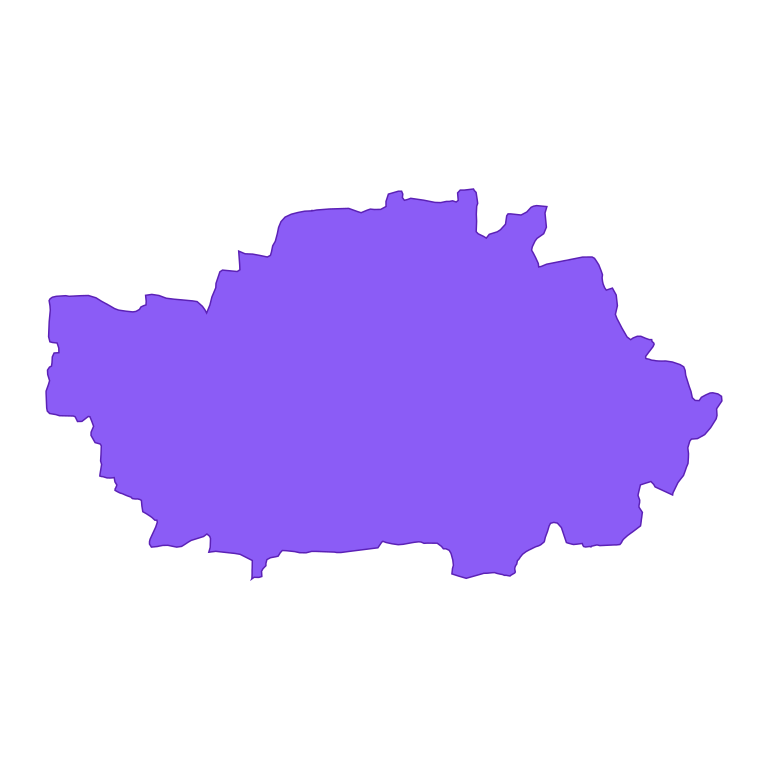 outline of Al Ma'ra, Idlib, Syria
{"feature_id": "27442178B71280190344240", "entity_name": "Al Ma'ra", "entity_type": "district", "adm_level": 2, "iso_a3": "SYR", "parent_name": "Syria", "parent_adm1": "Idlib", "projection": "natural_earth1", "projection_center": [36.792, 35.566], "detail": "fine", "context": "isolated", "style": "filled", "palette": "violet", "viewbox_px": 768, "rotation_deg": 0, "n_neighbors": 0, "source": "geoboundaries", "source_scale": "gbopen_adm2", "svg_char_len": 6083}
<svg xmlns="http://www.w3.org/2000/svg" viewBox="0 0 768 768"><path d="M651.7,339.6L649.3,339.6L645.6,338.3L640.9,336.3L637.2,336.3L633.0,338.0L630.7,339.7L627.1,337.0L621.9,328.0L617.0,318.6L615.4,314.4L617.4,305.7L616.2,295.0L612.4,288.1L606.3,290.1L604.6,287.7L603.1,283.9L602.5,281.2L602.1,277.8L602.5,274.8L601.2,271.0L598.8,264.9L596.8,261.7L594.5,258.3L592.1,257.0L582.5,257.1L546.6,264.2L541.1,266.5L538.7,266.9L538.3,263.5L535.7,257.8L533.3,253.1L531.6,250.2L532.3,246.8L535.0,241.1L537.0,238.4L543.7,233.7L546.4,227.2L545.0,213.0L546.9,206.6L536.6,205.6L533.5,206.2L531.1,207.3L526.8,212.0L521.1,215.0L510.9,213.9L508.0,213.9L506.7,215.8L505.5,224.2L500.4,229.8L497.3,231.8L489.3,234.3L486.3,238.1L483.6,236.4L478.2,233.8L476.2,231.7L476.6,221.2L476.3,214.2L476.7,206.1L477.7,203.4L477.2,199.7L476.1,192.4L474.3,190.5L473.5,189.0L464.1,190.1L460.2,190.1L457.6,192.9L458.2,200.4L456.2,202.0L452.6,200.8L449.5,201.4L446.5,201.4L440.7,202.6L434.9,202.4L423.8,200.2L410.7,198.3L407.8,199.4L404.4,200.3L402.4,197.6L402.8,194.1L401.6,191.2L398.4,191.2L388.4,194.1L387.0,198.4L386.0,201.4L386.0,206.5L380.7,209.4L374.3,209.5L370.3,209.1L367.1,210.2L361.1,212.7L357.9,211.7L348.7,208.4L329.5,209.0L316.7,210.0L311.9,210.9L311.8,210.5L311.0,210.9L304.6,211.2L297.9,212.5L291.3,214.2L285.1,217.1L281.0,221.6L278.6,227.4L277.3,233.8L275.3,241.3L272.7,245.8L271.4,252.2L270.4,255.4L267.3,257.0L260.2,255.5L252.6,254.1L245.1,253.8L238.7,251.1L239.7,265.0L239.9,269.8L237.2,271.5L222.5,270.1L219.9,271.8L216.0,283.4L215.8,287.7L211.9,297.0L209.9,305.0L206.6,313.0L204.9,309.8L202.4,306.3L197.1,301.6L192.7,300.9L182.0,299.9L174.1,299.2L166.2,298.2L159.0,295.5L151.8,294.4L145.6,295.3L146.2,301.3L146.0,304.9L143.6,305.7L140.9,307.0L139.5,309.4L136.0,311.4L132.9,311.9L126.1,311.2L118.6,310.1L114.6,308.6L109.3,305.5L101.6,301.3L96.0,297.8L88.4,295.5L80.9,295.7L69.1,296.3L65.7,295.7L56.3,296.3L52.4,297.2L50.1,298.8L49.1,300.6L50.0,305.9L50.3,310.2L49.4,319.6L49.2,321.8L48.6,336.7L49.9,341.8L52.5,342.5L57.1,343.0L58.8,348.1L58.9,352.7L54.1,353.0L52.3,356.9L52.0,362.8L51.5,366.1L49.5,367.1L47.5,370.1L47.7,374.5L49.6,380.7L48.4,384.7L46.1,391.1L46.1,393.2L46.4,400.8L46.7,408.0L47.3,411.1L49.6,413.5L56.0,414.6L59.4,415.7L73.4,416.0L75.2,416.8L77.5,421.5L81.9,421.4L86.8,417.6L88.2,416.5L89.9,416.7L91.9,421.6L93.6,426.3L91.1,432.2L91.0,435.4L95.1,442.6L100.2,444.0L101.3,445.8L101.0,454.6L100.6,461.0L101.6,464.4L100.1,473.6L99.8,476.0L101.3,476.5L103.1,476.7L104.0,477.0L107.0,477.9L108.3,477.9L109.7,478.0L110.4,478.0L111.1,477.9L111.9,477.9L112.8,477.8L113.4,477.7L114.2,477.6L114.5,479.4L114.7,480.6L115.0,482.0L115.4,482.7L115.9,483.2L115.9,483.7L116.7,484.4L116.7,485.7L116.1,486.9L116.0,487.4L115.2,488.7L115.0,490.3L116.5,491.2L117.8,491.9L119.2,492.6L120.3,493.1L122.2,493.6L125.3,495.0L127.5,495.9L131.2,497.2L131.6,497.9L132.3,498.4L132.8,498.7L133.4,498.7L134.6,498.9L135.1,498.9L135.6,499.0L137.6,498.9L139.9,499.5L141.4,500.4L141.9,506.0L142.8,511.7L144.6,512.7L146.2,513.6L149.9,516.0L152.0,517.5L154.9,520.2L156.9,520.2L157.3,522.3L155.7,527.1L150.1,539.2L149.5,541.6L149.5,544.1L151.4,547.1L157.5,546.5L158.7,546.2L162.8,545.4L167.9,545.3L172.6,546.3L176.7,547.1L181.6,546.4L184.5,544.6L188.3,542.1L191.2,540.4L203.6,536.5L206.9,534.0L209.7,536.3L210.5,538.5L210.4,542.0L210.2,547.4L208.8,552.2L209.8,552.1L211.0,551.9L214.4,551.5L215.7,551.3L218.2,551.6L231.9,553.1L234.7,553.4L240.1,554.3L252.3,560.5L252.2,568.0L252.1,570.0L252.1,571.1L252.1,573.5L252.0,577.2L251.9,578.5L251.7,579.0L254.1,577.3L258.9,577.4L261.8,576.5L261.8,575.6L261.6,572.3L261.5,571.3L263.0,568.7L265.9,565.7L265.9,563.5L266.9,559.6L270.5,557.7L275.4,556.8L278.1,556.2L280.3,552.7L282.3,550.5L286.4,550.7L294.8,551.6L299.6,552.7L306.1,552.8L311.6,551.4L314.1,551.4L316.0,551.4L334.6,552.1L336.6,552.5L341.0,552.5L349.3,551.4L377.9,547.8L381.7,542.2L382.9,541.3L386.1,542.5L392.1,543.8L398.2,544.7L403.1,544.3L411.9,542.7L414.3,542.3L418.7,541.8L421.0,542.0L424.0,543.3L427.3,543.1L437.2,543.2L441.5,546.4L443.4,548.8L446.0,548.8L449.2,550.3L451.0,553.4L451.9,556.6L452.8,560.0L453.4,565.3L452.5,568.5L451.9,573.9L458.7,576.1L466.2,578.3L482.8,573.6L483.7,573.3L487.2,573.2L492.3,572.7L494.7,572.6L496.3,573.2L497.4,573.5L500.1,574.1L502.4,574.5L504.3,575.3L506.3,575.3L507.2,575.5L510.0,576.0L511.1,575.1L514.7,573.0L515.3,572.0L514.7,568.8L515.0,567.2L515.7,565.5L516.7,564.2L517.1,562.2L517.4,560.6L518.5,559.7L519.4,558.5L520.3,557.0L521.5,555.6L522.5,554.3L526.1,551.6L529.2,549.9L530.9,549.1L532.3,548.4L533.7,547.7L535.8,546.7L538.4,545.9L539.9,545.2L541.1,544.5L541.5,544.1L543.1,542.8L543.9,542.2L544.4,541.3L545.3,537.3L547.5,531.4L549.1,526.0L550.5,523.3L553.8,522.4L557.4,523.1L561.4,527.6L566.4,542.5L567.7,543.0L572.1,544.2L573.6,544.5L577.4,544.1L580.5,543.7L582.3,543.5L582.7,544.9L583.6,546.5L585.6,547.0L589.5,546.5L591.0,546.9L591.4,546.2L592.0,546.1L597.0,544.9L599.8,545.6L614.5,544.9L616.5,544.9L619.9,544.5L621.4,542.7L622.0,541.5L622.4,540.6L623.0,539.9L623.7,539.0L624.7,538.1L626.5,536.5L627.6,535.5L629.8,533.9L630.3,533.5L632.3,532.1L634.3,530.6L636.3,529.1L637.3,528.3L640.5,525.9L640.8,524.2L641.0,522.7L641.2,521.2L641.4,519.3L641.7,517.5L641.9,515.8L642.2,513.4L642.4,512.4L639.0,507.2L639.0,505.3L639.6,502.7L639.7,500.1L638.8,497.7L638.0,495.3L638.4,493.4L640.4,484.9L644.9,483.4L645.5,483.2L648.5,482.3L650.9,481.5L653.7,484.4L655.1,486.9L672.6,495.0L673.0,492.7L673.7,491.4L677.9,482.7L680.3,479.5L683.5,475.5L685.4,470.3L686.4,467.3L688.0,463.5L688.4,457.4L688.5,453.6L687.8,447.8L689.8,441.1L691.4,439.1L697.5,438.6L704.7,434.6L710.6,427.7L716.2,418.8L717.0,415.4L716.6,408.8L719.3,404.8L721.9,400.9L721.5,396.3L717.9,393.9L712.8,392.8L710.1,393.0L705.8,394.9L701.4,397.3L699.2,400.6L695.1,400.4L692.3,397.7L691.0,391.5L689.3,386.8L688.2,383.3L685.7,375.3L685.1,370.3L683.7,366.8L680.1,364.6L672.4,362.0L665.7,361.0L661.9,361.1L658.7,361.0L656.1,360.8L654.0,360.4L651.8,360.2L649.0,359.2L646.0,358.6L645.7,358.1L645.7,356.3L648.1,353.1L653.0,346.7L654.1,344.3L653.8,343.1L652.0,341.4L651.7,339.6Z" fill="#8b5cf6" stroke="#5b21b6" stroke-width="1.5"/></svg>